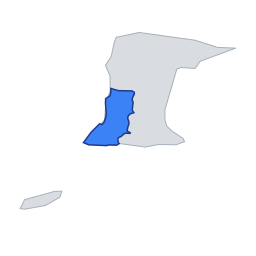 Trinidad and Tobago, with Sangre Grande highlighted, rotated 190°
{"feature_id": "TTO-54", "entity_name": "Sangre Grande", "entity_type": "Region", "adm_level": 1, "iso_a3": "TTO", "parent_name": "Trinidad and Tobago", "parent_adm1": "", "projection": "natural_earth1", "projection_center": [-61.154, 10.651], "detail": "fine", "context": "in_parent", "style": "filled", "palette": "blue", "viewbox_px": 256, "rotation_deg": 190, "n_neighbors": 0, "source": "natural_earth", "source_scale": "10m", "svg_char_len": 1363}
<svg xmlns="http://www.w3.org/2000/svg" viewBox="0 0 256 256"><g transform="rotate(190 128 128)"><path d="M155.3,215.3L133.6,224.0L77.1,226.1L53.7,222.9L35.8,225.4L68.5,206.3L72.3,198.3L86.2,196.8L90.2,194.4L94.8,152.3L93.0,142.3L90.2,136.7L84.6,132.8L72.0,127.3L69.9,124.4L77.8,119.8L94.8,117.2L107.5,112.2L133.7,111.2L146.4,106.7L167.9,105.4L157.3,124.7L152.4,131.9L154.3,149.3L151.9,161.1L154.7,176.0L161.1,185.8L157.0,195.5L156.4,210.1L155.3,215.3ZM189.4,52.8L182.2,54.3L183.0,48.1L195.8,37.4L215.3,30.2L220.2,29.9L217.4,39.5L189.4,52.8Z" fill="#d9dde1" stroke="#a8b0b8" stroke-width="1"/><path d="M134.0,111.1L136.2,109.1L144.0,108.0L146.4,106.9L163.7,104.6L169.3,105.9L163.6,117.4L156.6,127.3L154.1,126.8L152.5,129.8L151.8,134.5L152.0,138.9L154.5,148.4L155.1,153.0L151.2,156.8L151.3,161.2L151.8,164.0L144.2,163.1L130.5,165.2L128.0,164.3L127.8,163.6L127.7,162.3L128.8,158.8L128.8,156.3L127.8,155.1L127.4,153.8L127.0,147.2L126.4,145.6L124.9,144.1L128.4,142.2L128.9,141.3L129.8,140.1L130.0,138.9L130.0,137.8L129.7,136.9L128.7,135.3L128.2,134.2L127.8,131.7L128.3,129.3L128.4,126.6L128.3,125.3L127.6,124.6L127.0,124.2L126.1,124.2L125.5,123.9L124.9,123.6L125.1,123.0L128.9,122.6L130.1,122.1L130.9,121.5L133.1,118.7L134.0,118.0L135.1,117.3L135.9,116.5L135.9,115.1L135.8,113.7L134.5,111.5L134.0,111.1Z" fill="#3b82f6" stroke="#1e3a8a" stroke-width="1.5"/></g></svg>